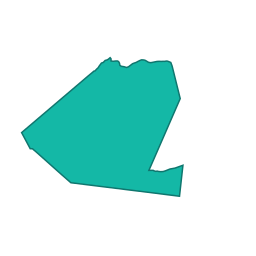 Colônia do Piauí, Piauí, Brazil, rotated 37°
{"feature_id": "56859067B77362904011032", "entity_name": "Colônia do Piauí", "entity_type": "district", "adm_level": 2, "iso_a3": "BRA", "parent_name": "Brazil", "parent_adm1": "Piauí", "projection": "natural_earth1", "projection_center": [-42.198, -7.273], "detail": "fine", "context": "isolated", "style": "filled", "palette": "teal", "viewbox_px": 256, "rotation_deg": 37, "n_neighbors": 0, "source": "geoboundaries", "source_scale": "gbopen_adm2", "svg_char_len": 965}
<svg xmlns="http://www.w3.org/2000/svg" viewBox="0 0 256 256"><g transform="rotate(37 128 128)"><path d="M194.3,124.7L189.7,131.7L186.2,135.5L183.6,139.8L182.3,141.6L180.4,143.2L178.6,144.3L177.2,144.9L176.3,145.9L174.8,146.5L173.5,146.7L170.2,149.3L165.7,130.4L152.0,73.1L126.0,52.0L122.7,49.9L119.4,50.8L118.3,51.5L117.2,52.7L116.2,53.4L114.4,54.9L112.9,55.9L111.1,57.4L108.0,60.9L106.8,62.2L104.8,63.2L101.9,63.5L100.7,63.7L99.3,64.4L97.7,65.5L96.9,66.9L95.9,68.8L95.0,70.8L93.7,72.7L92.9,74.0L92.5,75.5L91.6,78.7L90.5,80.5L87.8,81.5L85.6,82.7L83.9,82.9L82.1,81.3L80.4,80.6L79.1,80.9L77.5,82.2L76.2,83.5L74.2,84.7L72.7,82.9L71.4,82.6L70.9,84.9L70.2,86.4L69.1,87.8L68.8,90.5L67.7,92.1L67.7,95.8L67.9,97.8L67.5,100.0L67.3,102.2L66.5,103.2L66.2,104.8L65.0,109.8L45.8,195.7L62.4,203.4L64.3,202.0L65.4,202.2L68.0,202.3L103.1,205.2L115.3,206.1L142.9,190.2L172.8,173.0L175.2,171.6L210.2,151.5L194.3,124.7Z" fill="#14b8a6" stroke="#0f766e" stroke-width="1.5"/></g></svg>